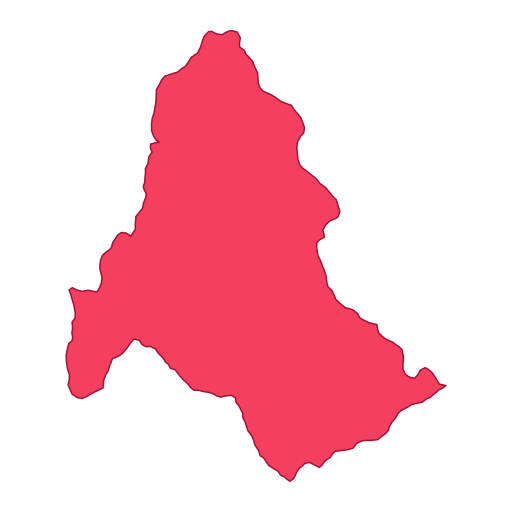 the district of Bauru, São Paulo, Brazil
{"feature_id": "56859067B67104072905137", "entity_name": "Bauru", "entity_type": "district", "adm_level": 2, "iso_a3": "BRA", "parent_name": "Brazil", "parent_adm1": "São Paulo", "projection": "natural_earth1", "projection_center": [-49.125, -22.239], "detail": "fine", "context": "isolated", "style": "filled", "palette": "rose", "viewbox_px": 512, "rotation_deg": 0, "n_neighbors": 0, "source": "geoboundaries", "source_scale": "gbopen_adm2", "svg_char_len": 3728}
<svg xmlns="http://www.w3.org/2000/svg" viewBox="0 0 512 512"><path d="M445.7,385.5L439.4,384.1L437.3,381.0L435.2,377.2L432.3,372.9L428.2,369.3L425.1,367.7L420.3,370.1L418.0,374.6L414.5,378.4L409.2,377.0L405.3,374.2L403.0,369.3L403.0,364.3L403.5,359.6L403.2,355.2L402.0,349.7L399.2,346.9L395.4,344.3L392.5,342.0L389.2,340.7L384.7,338.4L381.7,335.8L378.9,333.0L377.6,329.4L376.9,324.5L373.1,323.7L369.1,322.7L363.9,320.2L359.9,317.9L357.4,313.6L353.6,310.2L348.8,308.4L345.5,307.8L341.5,304.7L336.0,299.6L332.2,290.8L328.0,286.7L326.8,282.3L326.3,276.5L324.5,271.0L323.0,267.3L321.0,261.9L319.5,258.5L317.9,255.4L316.8,248.4L316.7,243.2L319.0,240.2L324.5,237.1L322.9,229.8L325.6,225.0L330.1,220.7L335.5,218.6L338.2,216.7L339.8,211.4L336.3,199.7L333.4,197.2L330.0,192.9L325.6,187.6L319.8,183.4L317.2,179.8L314.8,177.5L310.3,174.1L305.7,170.3L303.0,168.5L299.7,164.7L298.0,159.6L297.4,154.2L296.9,148.5L297.3,142.5L300.6,136.2L303.7,132.9L304.5,127.7L302.6,122.3L300.9,117.8L298.7,115.0L294.3,109.9L291.4,105.3L284.1,102.8L279.7,100.7L275.5,97.4L272.2,95.4L268.7,93.6L263.1,91.3L259.8,87.6L258.3,83.3L257.6,72.8L254.5,66.4L252.8,61.8L248.5,56.6L245.8,54.1L244.5,50.6L239.7,47.0L239.5,43.3L240.3,37.9L237.3,32.1L232.3,30.7L229.2,31.0L226.0,32.3L222.2,34.6L218.8,34.3L215.8,33.6L211.5,31.3L208.5,31.7L204.3,36.3L202.4,40.8L200.8,46.4L197.7,53.0L191.2,57.4L188.7,61.5L185.3,66.5L182.0,68.4L177.2,72.3L172.4,73.6L169.1,74.8L164.9,76.1L161.7,79.8L159.2,84.9L156.4,89.6L156.3,94.0L155.9,102.2L154.8,108.3L154.1,112.8L152.3,118.1L151.5,123.9L151.6,130.7L153.6,136.1L156.1,140.0L158.9,141.9L150.6,144.1L150.3,147.7L152.1,152.0L148.9,156.7L147.9,163.8L145.4,168.6L145.5,172.5L145.1,176.3L144.7,182.4L143.3,186.6L144.4,190.3L146.1,193.3L145.9,196.9L143.6,202.8L142.5,208.3L135.9,216.5L135.3,223.8L135.3,229.3L130.9,236.1L126.3,233.1L121.5,232.5L117.6,235.1L115.3,238.9L112.7,242.5L111.6,247.2L109.2,250.0L105.5,252.5L102.5,255.4L100.7,259.7L99.9,264.5L99.9,269.0L101.1,273.4L102.0,278.1L101.3,283.1L99.9,286.9L97.2,291.8L93.4,291.4L88.2,290.2L82.5,291.4L76.9,290.0L72.3,287.7L69.1,290.0L70.6,294.1L72.3,299.9L73.8,305.0L74.5,308.7L75.3,312.8L75.1,317.9L72.1,322.1L72.5,328.8L71.9,333.1L72.6,336.8L72.1,340.7L69.0,343.2L67.8,346.9L66.3,354.1L66.3,360.8L67.5,368.9L69.4,374.5L69.3,379.6L68.1,384.7L70.0,389.3L72.1,394.2L77.3,397.6L82.4,398.4L87.3,396.2L93.9,392.3L97.9,390.5L103.0,388.0L103.4,384.2L103.9,379.4L105.4,375.6L108.4,370.4L109.4,366.0L111.1,362.4L112.4,358.6L115.7,357.4L118.8,356.0L122.1,353.6L124.5,351.1L126.9,348.1L130.3,343.3L133.9,338.9L139.3,340.3L142.1,344.6L146.1,346.7L150.6,346.5L155.6,349.1L158.1,353.1L160.8,355.6L163.2,358.2L165.6,362.2L168.2,364.0L170.4,368.3L175.1,369.7L179.5,375.5L183.1,379.6L187.9,384.0L191.2,388.1L194.2,390.3L198.7,390.3L204.2,391.7L209.7,392.5L213.9,394.1L216.7,395.9L220.5,397.1L224.2,396.2L227.7,395.7L231.5,395.3L235.5,398.0L236.1,402.4L238.8,405.7L241.0,409.9L242.8,413.5L242.8,417.3L245.3,422.6L246.5,426.4L247.8,430.5L251.8,435.9L253.8,440.8L254.8,444.7L258.6,450.6L260.3,455.9L263.5,457.7L265.6,460.7L268.8,465.6L271.9,467.4L274.9,469.4L278.0,471.2L280.8,475.3L284.1,476.7L286.7,479.0L289.9,481.3L293.5,478.5L295.4,475.2L296.7,471.8L299.2,468.4L302.2,466.1L304.9,463.3L309.5,462.5L315.3,465.2L319.3,467.4L322.0,465.3L324.3,461.9L326.6,459.7L330.3,457.5L332.5,453.9L335.1,451.3L341.6,450.5L348.0,449.6L353.0,448.2L356.7,443.4L361.8,441.0L366.7,440.3L370.6,440.4L373.7,440.1L377.7,439.7L381.2,436.7L385.5,433.7L388.4,430.3L389.3,426.8L392.2,421.8L395.7,417.6L398.1,413.3L400.9,410.8L403.7,409.1L407.5,407.2L411.8,404.4L416.1,403.4L422.3,402.2L426.5,398.9L430.3,397.4L433.0,394.9L436.4,392.2L439.2,389.5L442.6,388.3L445.7,385.5Z" fill="#f43f5e" stroke="#9f1239" stroke-width="1.5"/></svg>